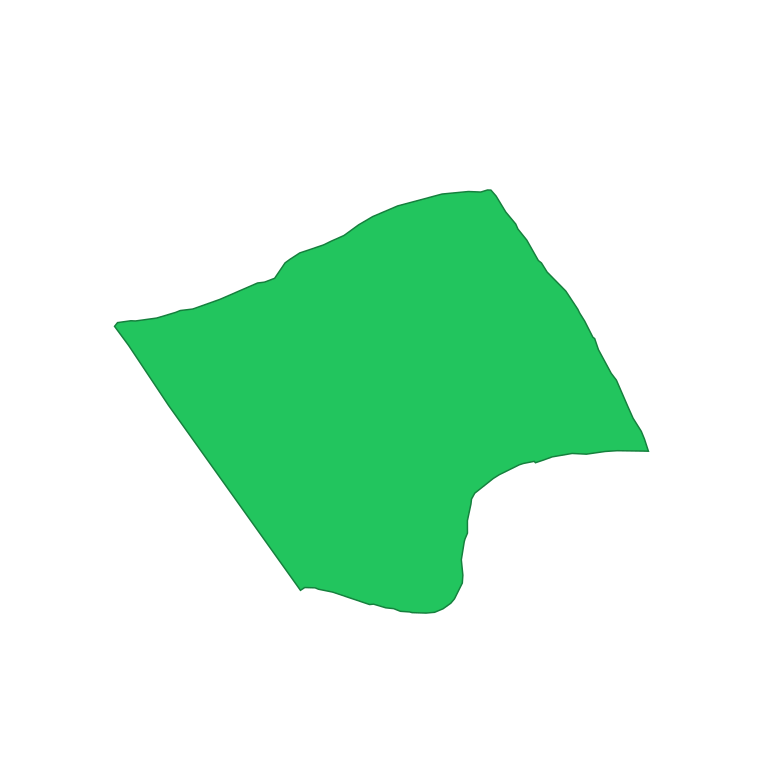 Santa Ana Huista, Huehuetenango, Guatemala, rotated 298°
{"feature_id": "79465075B69747530390651", "entity_name": "Santa Ana Huista", "entity_type": "district", "adm_level": 2, "iso_a3": "GTM", "parent_name": "Guatemala", "parent_adm1": "Huehuetenango", "projection": "natural_earth1", "projection_center": [-91.844, 15.746], "detail": "fine", "context": "isolated", "style": "filled", "palette": "green", "viewbox_px": 768, "rotation_deg": 298, "n_neighbors": 0, "source": "geoboundaries", "source_scale": "gbopen_adm2", "svg_char_len": 1263}
<svg xmlns="http://www.w3.org/2000/svg" viewBox="0 0 768 768"><g transform="rotate(298 384 384)"><path d="M308.4,119.0L298.2,140.3L263.9,203.9L162.6,407.1L167.1,409.6L171.7,418.9L172.0,422.4L176.1,436.2L182.5,474.8L184.7,478.1L187.2,490.6L190.2,498.0L191.0,505.2L194.8,513.7L195.3,516.1L201.5,528.7L206.2,535.9L213.3,541.7L221.8,545.9L227.4,547.1L245.0,546.6L252.2,543.4L265.1,534.8L282.4,528.9L285.1,528.3L291.5,527.7L302.5,521.8L318.9,517.1L323.5,515.3L330.2,515.4L351.8,524.8L358.1,528.4L376.2,541.4L379.3,544.4L386.2,552.9L385.6,554.7L391.6,560.4L398.6,566.7L411.0,582.7L417.1,595.7L428.3,611.0L434.6,621.2L446.9,645.2L448.8,649.0L457.6,639.9L463.0,633.4L470.7,620.0L478.9,609.5L496.5,587.4L500.1,579.6L515.0,557.2L523.0,548.7L523.4,546.4L533.8,531.6L538.4,523.6L541.0,520.0L551.4,500.9L559.4,475.5L564.8,466.2L565.5,462.3L578.1,442.5L583.7,429.5L587.1,425.2L593.0,410.8L602.6,394.7L605.4,387.4L603.9,384.3L598.9,379.3L593.6,368.2L579.0,346.1L547.7,312.5L526.5,295.4L512.7,286.9L496.3,278.9L485.3,270.3L478.3,265.2L460.2,248.1L450.1,242.5L444.6,239.8L426.0,237.8L417.8,230.6L413.8,224.9L381.6,199.3L360.3,179.8L353.2,169.6L349.3,166.3L335.5,152.3L323.0,135.0L321.0,130.8L313.1,119.9L308.4,119.0Z" fill="#22c55e" stroke="#15803d" stroke-width="1.5"/></g></svg>